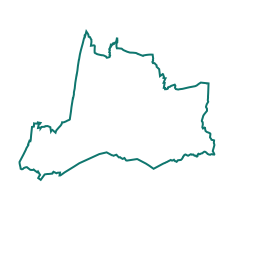 outline of Tadaiķu pag., Durbes, Latvia, rotated 111°
{"feature_id": "27541924B16755301218302", "entity_name": "Tadaiķu pag.", "entity_type": "district", "adm_level": 2, "iso_a3": "LVA", "parent_name": "Latvia", "parent_adm1": "Durbes", "projection": "natural_earth1", "projection_center": [21.303, 56.588], "detail": "fine", "context": "isolated", "style": "outline", "palette": "teal", "viewbox_px": 256, "rotation_deg": 111, "n_neighbors": 0, "source": "geoboundaries", "source_scale": "gbopen_adm2", "svg_char_len": 5368}
<svg xmlns="http://www.w3.org/2000/svg" viewBox="0 0 256 256"><g transform="rotate(111 128 128)"><path d="M196.8,174.9L196.5,174.4L196.5,174.2L196.4,174.1L194.8,173.0L192.2,171.3L183.3,164.5L178.3,160.8L162.6,145.4L158.4,139.2L159.2,133.3L159.0,132.5L159.1,131.6L157.2,129.4L157.1,129.2L157.8,128.0L158.3,126.9L158.7,125.8L158.1,125.0L158.6,123.3L158.7,122.4L158.6,122.1L158.7,121.8L157.3,120.6L157.5,120.2L158.9,118.3L158.8,117.3L153.8,108.5L153.7,108.0L154.8,98.6L155.6,94.6L156.9,89.5L148.8,82.5L147.4,81.1L147.2,80.8L146.3,80.1L145.6,79.3L144.6,78.5L142.5,76.6L142.7,75.7L142.5,75.1L142.3,74.9L142.3,74.6L141.9,74.2L141.2,73.7L141.6,73.0L142.0,72.4L142.1,72.1L141.9,71.6L141.9,71.4L142.1,70.9L142.2,70.6L142.0,70.4L141.3,70.1L140.5,70.0L140.1,69.7L139.8,68.9L139.5,68.5L139.4,68.1L139.1,67.6L138.9,67.2L137.7,66.6L135.7,66.2L135.1,66.3L134.5,66.0L133.6,66.0L133.2,65.6L132.9,65.4L132.5,65.3L132.2,64.9L132.1,64.7L132.4,62.5L132.3,61.9L130.0,60.0L129.9,59.7L130.1,58.9L129.9,58.4L129.5,58.0L129.4,57.8L129.4,57.3L130.0,56.2L130.0,55.9L129.9,55.5L129.5,54.9L129.5,54.7L129.9,54.3L130.0,54.1L130.1,53.9L130.0,53.5L129.8,53.2L129.4,53.0L127.8,53.3L127.6,53.3L126.8,53.0L126.7,52.9L126.7,52.7L126.8,52.4L126.9,51.9L126.8,51.6L125.4,50.4L125.0,49.6L124.8,49.5L123.8,49.0L123.1,48.5L122.8,48.3L122.7,48.0L122.6,47.7L122.6,47.1L122.9,46.0L123.7,44.3L123.7,43.3L123.8,42.6L123.5,41.8L123.4,41.5L122.6,40.9L122.3,39.9L122.3,39.1L121.9,38.0L121.5,38.0L120.0,39.6L119.2,40.6L113.1,41.2L112.3,41.6L111.2,42.5L110.9,42.6L108.7,43.2L108.7,43.6L108.8,44.1L109.1,45.8L108.9,46.0L108.4,46.5L107.5,47.9L107.3,48.1L106.0,48.4L104.1,48.9L103.7,49.2L103.6,49.4L103.6,50.2L103.4,50.8L103.5,52.9L103.0,54.5L101.9,55.3L100.2,56.2L100.2,56.4L100.2,56.8L100.3,56.9L101.2,57.4L101.6,57.9L100.6,58.9L97.9,59.4L95.9,60.3L95.7,60.5L95.4,61.3L94.9,61.6L94.7,61.7L89.4,62.1L87.7,61.7L83.7,60.4L81.7,61.2L80.6,62.6L80.3,62.8L77.7,63.0L74.8,62.5L73.8,63.3L73.0,63.6L70.8,64.2L70.5,64.4L66.8,65.6L57.5,68.8L57.8,70.0L58.0,70.2L57.9,70.3L59.1,74.7L59.5,76.3L61.4,77.7L63.7,79.1L64.9,80.3L68.1,85.5L71.9,91.1L73.4,93.9L74.0,94.7L74.2,95.4L74.5,97.3L73.6,98.6L71.6,98.9L70.8,99.9L73.2,102.8L74.6,103.7L74.8,104.3L75.9,105.3L76.0,105.3L76.8,104.9L77.2,105.1L77.9,105.9L78.5,107.3L77.3,107.8L77.7,109.0L72.8,109.9L73.1,111.0L68.9,110.9L68.2,110.8L68.3,111.1L68.4,112.6L68.5,112.8L68.0,112.9L67.5,112.7L67.2,112.9L66.3,113.7L66.2,113.8L65.8,114.2L65.5,114.3L65.3,114.4L65.2,114.9L68.1,116.7L61.9,120.0L60.6,123.2L59.2,123.8L58.6,125.2L58.1,126.1L58.0,126.8L58.5,127.9L58.4,128.1L57.6,128.9L56.3,128.6L55.5,129.2L54.4,129.3L54.1,129.4L50.7,131.3L51.5,133.6L52.4,135.5L53.3,137.2L54.8,139.7L55.1,139.6L55.3,139.8L55.3,143.0L55.2,145.6L55.3,145.6L55.1,147.4L55.8,150.0L56.9,153.3L57.1,156.2L56.9,160.3L56.3,162.0L56.2,162.4L56.6,163.8L57.1,165.7L57.6,166.9L57.1,167.3L56.2,167.9L54.8,168.5L53.6,168.9L53.1,169.0L51.8,168.7L51.2,169.0L50.5,169.1L49.7,169.5L48.3,170.1L48.4,170.5L49.3,170.3L51.0,170.1L52.7,170.1L53.3,171.2L54.1,171.1L54.6,171.2L54.7,171.4L54.8,171.5L54.4,171.7L54.4,171.8L54.2,172.1L54.4,172.4L54.7,172.5L55.3,172.4L55.6,172.7L56.1,172.6L56.6,172.7L56.7,172.8L56.3,172.9L56.2,173.1L56.4,173.2L56.3,173.4L56.4,173.5L56.4,173.8L56.7,173.7L56.8,173.8L57.0,173.8L57.2,173.6L57.8,173.6L57.5,173.1L58.0,173.0L58.3,173.3L58.5,173.3L58.6,173.5L58.9,173.6L59.2,173.4L59.7,173.6L60.2,173.4L60.3,173.4L60.5,173.5L60.7,173.4L61.0,173.5L61.3,173.3L61.6,173.4L61.8,173.0L61.9,172.8L62.1,172.8L62.0,173.1L62.4,172.9L63.3,172.7L63.7,172.7L63.8,172.5L64.0,172.5L64.0,172.4L63.8,172.3L64.3,171.8L64.6,171.8L65.6,171.4L66.4,171.5L66.8,171.1L66.8,170.7L68.2,170.6L68.6,170.9L68.7,171.1L69.7,172.4L70.0,173.1L69.8,173.4L69.2,174.0L69.0,176.4L69.0,177.0L69.4,178.6L69.5,178.7L70.0,182.2L70.1,183.6L69.9,184.3L69.9,185.4L69.6,186.1L67.8,186.9L66.3,187.4L66.1,187.5L63.5,188.3L63.0,188.9L63.1,189.6L64.5,192.1L60.6,193.0L59.9,193.4L58.7,193.8L58.0,194.8L56.8,196.0L56.9,197.4L54.9,198.6L52.8,201.5L57.2,201.0L56.5,201.2L56.6,201.6L56.9,201.7L57.3,201.6L57.9,201.4L57.9,201.0L58.6,200.9L59.1,200.8L59.5,201.2L60.2,201.2L65.7,200.5L71.9,199.9L76.4,199.3L81.8,198.2L81.9,198.3L88.0,197.0L92.6,195.8L97.0,194.9L97.0,195.0L104.7,193.4L110.3,191.9L114.0,191.3L116.2,190.5L120.1,189.9L120.1,190.1L129.0,188.2L133.3,187.1L140.9,185.4L141.7,186.0L142.8,187.2L144.1,188.3L145.7,190.0L146.3,191.3L146.3,191.5L147.6,191.4L148.9,191.5L150.3,191.9L152.2,192.7L155.8,194.0L157.4,194.1L158.3,194.0L156.9,197.9L158.0,198.6L158.7,198.7L155.1,200.8L155.0,202.6L155.0,203.7L155.9,205.9L156.7,206.2L158.0,209.1L159.6,209.5L159.3,209.6L159.2,210.2L159.5,210.9L160.2,212.0L156.7,212.6L155.7,211.7L154.6,211.5L155.0,213.4L155.1,214.2L156.3,214.0L156.4,214.3L157.4,217.0L157.4,217.3L160.4,216.4L161.4,218.0L169.3,215.9L174.1,214.5L175.2,214.4L175.1,215.4L179.2,215.4L179.5,214.9L183.3,215.6L185.1,215.6L189.2,216.0L189.4,216.0L198.6,217.1L200.1,216.4L203.7,214.0L204.5,213.6L204.6,212.3L204.0,211.5L202.6,210.8L201.5,209.6L200.8,208.4L202.0,204.5L202.0,203.9L201.6,202.7L200.8,200.8L200.7,200.8L201.1,199.8L201.8,197.2L201.9,196.9L200.8,196.5L203.3,193.3L205.0,193.7L206.9,193.9L207.7,190.9L201.4,189.2L201.1,189.0L199.9,186.9L199.6,186.1L197.7,182.3L196.4,182.3L196.0,181.9L196.0,181.7L195.8,181.7L195.9,181.4L195.7,181.2L195.6,180.9L195.9,178.6L195.0,177.7L194.0,175.5L196.8,174.9Z" fill="none" stroke="#0f766e" stroke-width="2"/></g></svg>